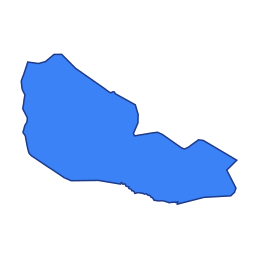 Ansongo, Gao, Mali, rotated 84°
{"feature_id": "8926073B56917716124995", "entity_name": "Ansongo", "entity_type": "district", "adm_level": 2, "iso_a3": "MLI", "parent_name": "Mali", "parent_adm1": "Gao", "projection": "equal_earth", "projection_center": [1.009, 15.923], "detail": "fine", "context": "isolated", "style": "filled", "palette": "blue", "viewbox_px": 256, "rotation_deg": 84, "n_neighbors": 0, "source": "geoboundaries", "source_scale": "gbopen_adm2", "svg_char_len": 2799}
<svg xmlns="http://www.w3.org/2000/svg" viewBox="0 0 256 256"><g transform="rotate(84 128 128)"><path d="M171.4,23.2L148.3,54.3L147.1,59.1L153.7,70.5L154.8,74.2L153.1,77.2L138.0,94.5L135.3,99.2L135.5,105.6L136.5,122.3L134.1,123.2L124.0,117.6L115.6,116.5L105.7,118.3L92.5,137.2L90.8,137.7L90.4,139.4L91.2,141.3L90.1,143.2L88.3,145.2L86.9,146.6L63.2,173.9L47.8,186.3L47.1,193.9L53.3,203.1L54.5,210.2L52.0,220.5L51.9,220.8L53.1,221.3L53.9,221.7L55.2,222.2L56.1,222.6L57.3,223.2L58.2,223.6L59.4,224.1L60.3,224.5L62.4,225.5L63.6,226.0L64.6,226.5L64.9,226.7L65.7,227.1L66.2,227.4L68.2,228.3L68.7,228.6L70.0,229.1L70.3,229.3L71.5,229.2L72.0,229.3L73.8,229.3L76.1,229.3L77.9,229.2L78.7,229.1L80.1,228.6L80.4,228.5L82.3,227.8L84.1,227.1L84.4,227.1L85.4,227.3L86.1,227.6L88.0,228.1L91.1,228.9L92.5,229.2L94.0,229.6L95.3,230.0L96.8,230.4L97.8,230.7L98.8,230.3L99.6,230.0L100.3,229.8L100.3,229.7L105.1,227.9L105.6,227.7L107.6,227.0L108.4,227.2L109.4,227.4L110.0,227.6L111.7,228.0L112.1,228.2L112.6,228.6L113.8,229.7L114.4,230.1L114.9,230.3L116.6,231.1L118.9,231.9L119.4,232.2L120.5,232.6L120.9,232.8L121.6,232.8L122.1,232.7L122.6,232.4L123.6,231.7L123.9,231.5L125.4,231.0L125.9,230.8L126.7,230.8L127.7,230.8L129.6,230.6L132.4,230.4L133.8,230.3L135.9,230.1L136.7,230.0L138.2,229.8L140.4,229.5L141.1,229.4L142.6,229.0L142.8,228.9L143.1,228.9L143.5,228.6L144.1,228.0L144.7,227.6L145.2,227.3L145.6,226.9L146.4,225.9L148.7,223.1L149.1,222.6L150.6,220.8L151.1,220.3L153.2,217.7L155.7,214.8L158.0,212.0L160.5,208.9L162.7,206.2L165.0,203.5L167.3,200.7L169.7,197.9L169.9,197.6L170.2,197.2L170.4,197.1L170.5,197.1L174.5,190.0L177.0,163.0L183.0,141.3L181.6,140.5L181.6,140.2L181.6,139.9L181.9,139.6L182.3,139.5L182.9,139.4L183.3,139.1L183.4,138.8L183.3,138.5L183.3,137.9L183.3,136.9L183.5,136.6L184.0,136.5L184.8,136.4L185.2,136.2L185.8,135.9L185.8,135.7L186.0,135.0L186.3,134.4L186.6,133.9L186.6,133.3L186.8,133.3L187.3,133.4L187.7,133.6L188.1,133.4L188.4,133.2L188.7,132.4L189.3,131.3L190.0,130.9L190.4,130.9L190.7,130.9L190.9,130.6L190.9,130.1L191.0,129.7L191.5,129.1L192.3,128.5L193.0,128.2L193.7,128.1L193.8,127.5L193.6,126.8L193.4,126.0L193.4,125.1L193.4,124.6L193.5,123.6L194.2,121.7L194.4,120.7L194.5,120.0L195.2,119.0L195.5,118.5L195.4,117.6L195.3,116.6L195.5,116.1L196.2,116.0L196.7,115.4L197.1,114.7L197.3,113.5L198.0,112.8L199.1,112.5L199.6,111.5L200.4,110.5L201.0,110.4L202.5,109.7L202.8,109.3L202.8,109.2L202.8,108.6L203.3,106.8L203.5,106.4L203.5,105.8L203.8,104.1L203.8,102.4L204.1,101.5L204.1,100.9L204.2,100.0L205.0,98.6L205.5,97.3L205.9,96.1L206.5,95.3L206.6,94.6L206.6,93.5L206.4,92.6L206.6,91.6L206.6,90.0L206.5,88.8L206.9,88.4L207.3,88.0L206.8,87.2L206.7,86.3L208.9,86.9L204.9,59.7L206.2,32.9L203.2,28.9L199.1,26.9L180.2,34.2L171.4,23.2Z" fill="#3b82f6" stroke="#1e3a8a" stroke-width="1.5"/></g></svg>